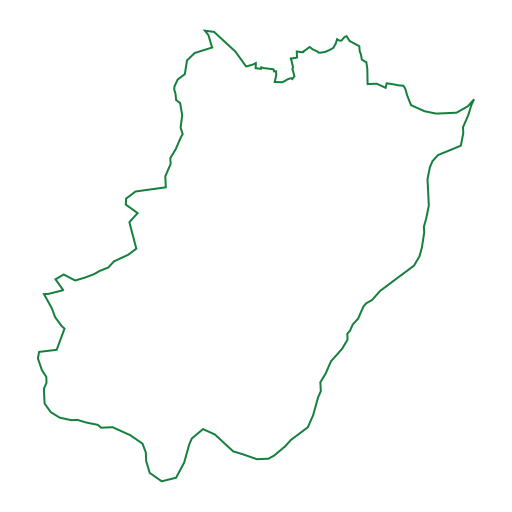 Jos South, Plateau, Nigeria (orthographic projection)
{"feature_id": "59680162B91711719497512", "entity_name": "Jos South", "entity_type": "district", "adm_level": 2, "iso_a3": "NGA", "parent_name": "Nigeria", "parent_adm1": "Plateau", "projection": "orthographic", "projection_center": [8.842, 9.759], "detail": "fine", "context": "isolated", "style": "outline", "palette": "green", "viewbox_px": 512, "rotation_deg": 0, "n_neighbors": 0, "source": "geoboundaries", "source_scale": "gbopen_adm2", "svg_char_len": 2938}
<svg xmlns="http://www.w3.org/2000/svg" viewBox="0 0 512 512"><path d="M204.9,30.7L208.4,35.1L211.9,46.8L212.2,47.5L194.7,53.0L187.0,60.4L184.8,74.2L177.7,79.5L174.5,86.3L174.2,89.4L175.5,93.8L176.1,100.0L180.1,103.0L182.2,115.2L180.6,127.8L182.7,134.1L181.5,136.1L181.0,137.0L175.8,149.0L170.3,158.2L170.6,164.1L165.3,176.2L165.7,185.0L165.8,187.3L135.5,191.5L126.1,198.6L125.8,204.6L137.6,213.1L130.1,221.4L129.4,222.2L136.3,248.7L128.1,254.8L113.9,261.4L108.4,267.4L108.3,267.5L99.7,270.9L94.1,274.1L85.5,277.4L75.2,280.5L63.7,274.5L55.5,279.3L63.1,290.0L62.8,290.3L48.4,293.9L44.0,294.1L48.8,302.8L51.9,308.5L55.2,317.3L61.5,325.9L64.5,328.7L56.7,349.8L39.1,351.9L37.9,358.3L41.9,370.2L46.3,376.9L46.5,382.8L43.9,388.8L44.3,397.7L44.6,403.6L50.8,412.2L59.8,417.7L71.5,420.2L77.4,419.9L86.2,422.5L98.0,424.9L101.0,427.7L112.6,427.2L120.3,430.7L130.5,435.3L130.7,435.5L136.4,439.4L142.5,443.7L145.8,452.4L146.2,461.2L149.7,472.9L161.7,481.3L176.1,477.7L184.2,462.5L186.7,453.5L189.2,444.5L191.8,438.5L203.0,429.1L214.9,434.5L221.0,440.1L224.1,443.0L233.2,451.4L242.0,454.0L256.9,459.2L268.5,458.7L274.2,455.5L285.4,446.1L290.9,439.9L299.4,433.6L307.8,427.3L313.1,415.3L315.6,406.3L318.1,397.3L320.8,391.2L320.4,382.7L320.3,382.4L325.8,373.2L331.0,361.2L333.8,358.1L336.6,355.0L342.1,348.8L347.5,339.7L347.3,333.8L347.7,333.2L350.0,330.7L352.7,324.6L358.2,318.5L360.8,312.4L363.5,306.4L366.2,303.3L371.9,300.1L373.1,298.8L377.5,293.9L380.2,290.8L388.7,284.5L397.1,278.2L405.6,271.9L414.0,265.6L419.4,256.5L421.9,247.5L424.2,232.6L423.9,226.7L426.4,217.7L428.8,205.7L428.4,196.9L427.8,185.0L427.5,179.1L429.9,167.2L432.5,161.1L438.1,155.0L460.8,145.7L463.3,133.1L463.0,127.2L468.3,115.1L471.4,104.9L474.1,99.3L467.9,106.2L456.5,112.7L447.8,113.1L436.2,113.6L424.4,111.2L414.7,106.8L411.0,105.1L407.2,95.5L405.4,89.3L404.5,87.3L403.3,85.7L398.7,85.4L392.2,84.1L386.7,83.3L385.6,87.8L376.6,83.7L367.6,84.1L367.3,68.6L366.3,62.0L364.8,61.5L361.8,59.5L361.0,54.6L359.7,51.3L359.3,46.2L358.5,45.7L349.6,41.0L346.6,36.2L345.0,36.8L343.8,37.7L342.0,40.0L341.4,40.6L340.8,40.7L340.2,40.7L339.2,40.4L338.1,39.9L337.1,39.2L335.8,43.4L333.3,47.9L329.7,49.9L324.9,52.0L324.2,52.1L319.7,52.8L318.4,52.5L317.9,51.8L315.5,50.6L312.8,49.4L309.7,47.0L308.4,47.9L306.0,49.7L303.4,51.4L303.7,51.7L303.4,52.1L302.5,52.1L302.3,52.2L302.0,52.2L301.1,52.2L300.6,52.0L300.2,52.1L299.5,51.9L299.0,51.7L298.1,51.7L296.8,51.5L296.8,54.0L297.1,57.4L295.2,58.0L294.0,57.9L292.7,58.5L291.8,58.3L290.9,58.3L290.8,58.8L291.6,61.3L293.1,67.6L292.3,69.0L293.1,71.2L294.4,76.3L292.3,79.1L291.0,78.2L289.5,78.6L286.8,79.7L285.5,80.6L282.5,82.2L281.4,82.2L274.7,82.0L276.2,75.3L276.2,73.6L276.1,71.3L274.0,71.4L273.7,69.6L273.4,69.3L263.7,68.1L261.3,67.3L261.0,68.8L255.6,68.2L255.8,65.5L255.8,63.1L255.2,63.4L252.8,64.6L251.4,65.0L246.1,66.5L244.8,64.7L241.6,60.2L235.4,51.6L226.3,43.2L217.1,34.7L214.1,31.9L204.9,30.7Z" fill="none" stroke="#15803d" stroke-width="2"/></svg>